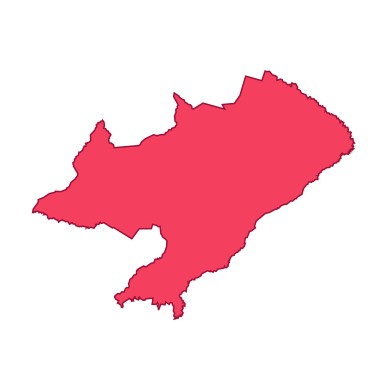 the district of Curuzú Cuatiá, Corrientes, Argentina, rotated 96°
{"feature_id": "61730980B48951068830804", "entity_name": "Curuzú Cuatiá", "entity_type": "district", "adm_level": 2, "iso_a3": "ARG", "parent_name": "Argentina", "parent_adm1": "Corrientes", "projection": "albers", "projection_center": [-58.213, -29.735], "detail": "fine", "context": "isolated", "style": "filled", "palette": "rose", "viewbox_px": 384, "rotation_deg": 96, "n_neighbors": 0, "source": "geoboundaries", "source_scale": "gbopen_adm2", "svg_char_len": 5980}
<svg xmlns="http://www.w3.org/2000/svg" viewBox="0 0 384 384"><g transform="rotate(96 192 192)"><path d="M319.1,193.9L318.7,192.4L317.1,192.1L315.5,190.4L316.8,190.3L316.6,189.5L313.2,188.2L311.0,190.2L310.1,189.2L308.2,188.7L307.4,189.6L306.4,189.5L306.4,188.5L305.8,188.1L306.3,187.3L303.9,187.3L302.7,188.5L303.1,189.5L301.3,189.1L300.3,191.2L298.5,191.3L298.4,192.3L297.5,193.2L295.9,193.7L294.3,191.7L293.0,191.6L291.6,190.3L290.9,188.4L291.6,187.4L287.6,187.3L285.4,185.7L282.0,186.5L282.7,185.4L281.0,185.3L279.8,183.2L278.9,182.9L279.0,180.1L277.4,180.0L276.6,177.5L274.4,174.4L272.2,173.7L268.7,168.2L269.3,166.1L268.6,165.6L269.2,165.3L268.9,164.5L269.5,162.6L268.2,162.1L268.3,159.7L266.1,158.3L264.3,152.3L262.6,151.8L263.6,151.3L263.7,149.9L261.7,148.2L260.8,148.8L259.8,148.1L258.6,148.3L258.1,147.6L256.8,148.5L255.9,148.0L256.3,147.6L253.0,146.8L251.0,145.2L250.5,143.5L249.2,143.2L247.4,141.5L247.1,140.2L245.3,139.2L245.3,138.4L242.7,137.5L242.7,135.8L240.6,134.3L238.1,133.8L238.5,134.3L237.9,134.5L232.4,134.2L231.7,133.8L231.6,132.4L225.2,130.7L224.5,128.9L221.0,125.2L219.5,126.3L214.2,125.1L205.5,116.7L204.4,113.1L200.4,107.3L200.1,105.6L199.0,105.3L199.0,104.0L196.1,101.7L194.4,98.2L194.4,96.7L190.4,92.8L190.5,91.0L187.9,88.6L187.8,87.6L186.0,86.7L182.8,82.5L177.0,81.5L172.9,79.0L172.2,77.7L170.1,77.2L169.5,75.2L169.9,74.2L168.5,73.3L168.6,72.4L166.5,70.4L166.4,68.2L163.0,68.5L162.7,69.1L162.2,67.8L160.6,67.9L160.1,67.0L158.9,66.7L158.6,65.5L157.9,65.6L156.1,64.3L156.0,63.2L153.8,60.7L153.1,57.5L151.6,57.1L151.4,54.8L148.7,54.1L147.9,51.4L146.9,51.1L146.3,49.3L145.1,49.8L144.6,48.4L143.4,48.7L142.9,47.5L140.8,47.9L139.8,47.1L139.8,48.1L137.6,46.8L137.8,46.4L139.4,47.1L138.5,44.9L139.1,44.5L137.9,42.9L138.1,40.4L137.4,39.9L137.0,40.5L136.6,39.9L136.1,40.2L136.3,39.2L134.4,39.7L134.7,38.7L134.1,39.2L132.9,38.7L132.7,37.9L133.4,37.8L132.8,37.2L133.4,36.9L132.0,35.6L131.5,36.6L130.4,36.5L129.7,37.3L129.6,36.3L127.9,37.3L126.4,36.7L126.4,35.7L124.1,37.2L122.4,37.4L122.0,38.4L123.0,39.5L121.2,40.7L119.9,39.6L117.8,40.4L116.1,39.9L115.7,40.7L116.1,42.6L115.5,43.5L113.9,42.9L111.4,44.0L111.7,46.4L109.8,46.7L110.3,48.9L107.1,48.3L105.9,50.8L107.7,51.6L107.6,52.2L105.2,52.3L104.3,53.9L103.4,54.0L103.8,55.6L101.6,56.2L100.6,60.0L99.7,61.3L100.3,63.2L99.1,64.0L99.2,66.0L97.5,67.1L97.9,68.1L95.9,67.7L94.3,68.7L94.2,70.4L92.7,71.1L93.5,72.3L92.6,73.4L92.9,74.9L89.9,75.9L89.7,77.5L88.1,77.9L88.0,79.4L86.6,80.4L87.0,83.3L85.1,84.0L84.9,84.9L87.0,86.6L83.4,89.0L82.2,93.7L79.7,95.0L78.5,98.4L76.8,97.9L73.5,100.2L73.7,102.4L73.0,104.0L73.8,104.4L76.1,103.9L76.8,104.6L76.2,105.6L74.8,105.8L75.3,108.4L73.3,110.4L73.0,113.1L70.9,114.0L70.5,115.9L72.1,119.1L68.7,119.5L67.7,121.1L67.1,124.3L63.9,127.6L64.5,130.7L64.0,131.9L74.0,134.2L71.2,150.7L91.0,154.4L99.5,159.1L101.9,171.0L106.2,168.1L102.5,190.4L109.3,199.2L109.1,200.6L106.9,201.2L105.6,202.4L105.2,205.1L104.1,206.4L103.8,208.1L101.0,209.7L101.0,211.0L99.3,214.1L97.9,215.2L95.4,220.0L99.0,220.2L107.0,214.7L108.2,215.6L110.4,215.4L111.5,216.7L114.5,216.2L118.2,217.3L123.6,216.1L124.5,214.6L127.2,214.3L128.2,215.5L129.3,215.5L130.9,218.9L132.4,219.1L132.7,221.7L134.8,222.3L135.9,224.6L137.8,225.1L138.1,228.6L139.7,232.7L139.1,236.2L143.9,243.9L147.5,247.4L150.6,248.7L151.4,249.7L156.1,274.1L153.3,275.0L151.7,277.5L152.1,278.9L150.7,279.9L147.4,280.4L147.1,279.7L145.9,279.9L143.6,278.6L142.1,279.9L142.3,280.7L140.2,281.6L140.1,283.1L138.1,284.5L137.8,286.4L134.8,286.1L131.7,286.9L130.0,288.4L130.8,288.7L131.1,290.0L132.1,290.2L132.8,292.7L133.6,292.4L135.0,294.2L137.4,293.6L138.3,294.6L140.4,294.9L145.8,299.0L151.1,298.1L152.9,299.0L154.0,301.3L154.5,301.2L154.8,303.0L156.3,302.2L157.7,302.3L157.6,304.0L162.1,305.3L164.4,307.6L164.2,308.6L167.5,308.9L169.1,311.1L170.1,310.9L171.5,312.2L173.8,312.1L175.4,313.5L179.1,312.3L185.3,307.7L187.4,307.4L191.5,309.8L195.2,313.4L199.6,314.7L201.2,317.0L202.6,317.3L205.3,322.3L205.6,328.0L206.6,328.2L208.5,333.6L213.2,339.3L215.6,344.0L218.4,343.9L225.6,348.1L229.1,348.4L229.1,347.3L227.9,346.6L228.4,345.5L227.7,345.3L227.2,343.5L227.7,342.0L228.5,342.0L227.9,340.4L228.8,339.3L228.1,338.1L229.1,336.3L230.0,337.0L229.9,336.1L229.3,336.0L230.1,333.6L233.1,332.5L233.8,331.5L233.0,330.5L233.2,328.3L232.0,326.9L233.5,325.1L234.2,322.5L235.9,321.5L234.2,319.9L233.2,317.7L234.0,317.0L233.9,315.6L234.8,314.8L234.3,312.4L236.8,310.5L236.1,309.1L235.2,308.9L235.1,308.0L236.1,307.1L236.2,304.9L237.6,303.9L238.3,300.3L237.7,299.4L238.1,298.1L237.3,297.1L237.9,293.6L238.6,293.5L237.9,293.1L238.4,292.7L237.8,291.9L238.8,291.4L238.7,290.4L237.6,289.3L238.3,285.8L235.3,283.8L234.6,284.3L234.0,283.7L233.9,281.3L231.7,280.2L232.7,279.2L231.8,276.3L236.1,267.4L235.5,266.1L244.8,247.0L234.1,240.7L232.7,228.6L228.4,227.8L228.8,224.0L230.1,221.8L229.6,220.1L236.8,218.6L238.4,217.1L239.5,216.9L242.2,212.7L243.8,211.7L249.4,211.6L254.9,212.9L257.4,214.9L259.9,215.1L261.2,216.3L260.9,217.2L262.4,218.2L261.7,219.3L262.3,219.3L262.8,221.7L266.4,222.6L267.1,225.2L270.9,229.5L271.3,230.6L270.6,232.3L274.3,237.6L275.3,237.7L275.7,238.8L279.6,238.7L281.0,241.3L283.7,242.5L285.2,244.4L289.9,245.5L292.1,244.6L293.6,245.0L294.0,247.0L294.9,247.9L298.5,249.2L298.7,251.4L301.0,253.0L300.7,255.2L303.6,257.9L304.7,257.9L306.6,256.6L307.8,253.7L310.2,254.3L309.7,253.0L310.4,253.6L312.1,250.6L313.8,250.3L314.1,249.2L313.3,248.6L310.1,249.5L309.1,248.7L304.4,243.1L305.2,242.2L305.1,239.8L306.0,240.9L306.8,240.8L306.4,238.7L305.5,239.2L302.2,238.1L302.3,237.5L303.9,237.2L304.9,233.9L303.8,233.4L302.6,234.1L302.0,233.2L303.6,231.9L304.8,229.2L304.4,227.4L303.1,226.8L301.6,219.7L307.8,219.9L307.5,215.8L305.6,214.8L307.7,213.5L309.0,214.6L310.4,213.4L313.0,213.0L306.8,211.2L307.0,207.1L304.2,206.7L306.2,202.9L304.2,202.1L304.3,200.2L306.3,199.6L307.9,198.0L312.4,198.1L314.3,196.6L317.0,197.2L318.0,196.4L317.9,195.8L318.9,195.5L320.1,196.2L319.7,194.8L318.2,194.0L319.1,193.9Z" fill="#f43f5e" stroke="#9f1239" stroke-width="1.5"/></g></svg>